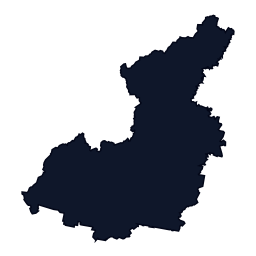 the district of Tenterfield, New South Wales, Australia
{"feature_id": "25037944B39208221478861", "entity_name": "Tenterfield", "entity_type": "district", "adm_level": 2, "iso_a3": "AUS", "parent_name": "Australia", "parent_adm1": "New South Wales", "projection": "mercator", "projection_center": [152.357, -28.838], "detail": "fine", "context": "isolated", "style": "filled", "palette": "ink", "viewbox_px": 256, "rotation_deg": 0, "n_neighbors": 0, "source": "geoboundaries", "source_scale": "gbopen_adm2", "svg_char_len": 5837}
<svg xmlns="http://www.w3.org/2000/svg" viewBox="0 0 256 256"><path d="M221.8,156.7L222.2,156.0L221.8,153.7L219.7,146.5L220.2,145.7L222.5,145.3L223.1,144.5L224.4,145.5L225.4,145.5L225.5,142.0L223.4,140.3L221.3,141.9L220.1,141.2L223.0,136.8L224.3,132.6L223.4,131.5L219.8,130.8L218.3,129.5L221.6,124.9L221.2,123.8L218.6,123.2L218.2,121.1L219.2,117.3L217.2,116.8L215.1,119.4L214.4,118.8L214.6,117.4L213.9,116.5L211.5,117.6L208.7,116.6L208.4,115.6L210.4,114.4L210.7,113.6L208.7,111.0L211.2,110.6L211.8,109.5L211.6,108.5L210.4,108.1L207.5,110.3L207.2,109.5L208.1,108.3L207.6,107.2L206.2,108.1L201.2,106.1L200.0,106.1L198.8,104.7L197.8,105.7L196.7,105.9L196.1,103.3L196.4,102.1L195.1,102.7L193.2,101.7L191.4,101.8L190.9,98.9L193.5,98.0L193.0,96.9L193.9,95.6L193.5,94.7L195.0,94.7L195.8,93.4L195.9,92.2L195.1,91.1L196.6,90.4L196.7,89.1L197.6,88.3L196.7,87.7L197.3,87.2L196.3,86.3L198.1,85.7L199.5,86.2L198.1,85.1L198.9,83.6L201.0,82.6L202.5,82.8L201.8,82.0L202.3,80.8L201.7,79.0L202.2,78.5L203.0,79.3L203.2,77.8L202.0,77.7L203.6,76.1L205.0,76.3L203.4,73.8L202.2,73.8L202.3,72.2L203.1,70.6L202.1,68.9L204.1,68.2L205.5,68.7L205.8,68.4L205.3,67.4L206.4,68.2L207.4,66.8L208.1,67.0L208.0,68.2L209.2,68.1L209.5,69.1L210.2,68.3L212.1,68.6L212.5,68.3L212.0,67.6L212.6,65.3L213.8,65.8L215.5,65.1L217.6,65.8L218.3,63.3L216.6,62.4L218.8,59.9L218.6,59.4L219.3,59.7L219.4,59.2L219.0,59.1L221.0,58.9L220.2,57.5L220.7,56.8L221.3,56.5L222.3,57.4L222.3,54.9L223.2,53.7L223.0,51.7L225.5,50.8L225.4,48.7L225.9,48.3L224.8,47.1L226.6,47.2L227.7,46.1L227.7,44.3L228.5,44.0L228.4,43.1L229.7,42.4L229.0,40.0L230.8,39.2L230.6,38.3L231.3,37.2L230.9,35.9L231.5,35.4L231.2,35.1L232.4,34.0L233.6,34.3L233.9,31.4L233.4,30.2L232.5,30.3L231.6,28.7L230.1,28.9L228.4,27.8L225.4,32.5L224.2,30.1L222.8,29.5L221.2,29.9L221.2,28.7L219.9,29.0L218.6,27.2L216.5,26.3L216.9,22.5L218.2,18.6L217.7,18.0L215.7,17.6L214.7,16.8L214.7,15.9L213.3,15.4L211.6,16.2L210.0,16.2L209.2,17.1L207.5,16.9L205.7,17.5L205.6,19.3L202.5,23.0L202.5,24.8L197.8,24.7L197.1,28.9L198.2,30.7L198.0,31.7L195.5,34.0L193.3,37.9L189.5,37.6L188.0,36.7L185.6,38.0L182.0,37.8L180.1,37.0L179.8,38.2L177.2,40.5L176.6,42.5L173.0,42.3L170.5,46.1L168.4,47.5L166.6,51.1L166.1,51.2L164.7,53.4L163.0,52.7L162.6,51.3L160.2,50.6L159.2,51.5L155.1,50.4L152.1,52.2L151.0,54.0L149.7,54.4L148.6,56.0L145.5,56.1L144.0,57.4L140.0,57.1L139.5,60.3L135.9,62.2L134.3,64.6L131.6,66.4L131.1,67.9L128.4,68.5L126.4,68.0L125.4,63.8L123.8,64.1L120.8,66.8L121.3,68.3L120.5,70.7L121.0,71.3L120.6,72.8L121.3,74.0L121.2,75.5L122.8,77.0L124.3,77.2L126.0,78.8L126.4,80.7L127.0,81.2L126.5,82.7L127.3,84.5L126.8,86.9L128.7,89.9L128.7,91.9L129.3,92.1L130.3,94.0L130.1,94.6L134.8,94.5L135.8,95.2L135.8,96.1L137.1,97.9L138.7,97.4L139.4,97.7L139.4,100.8L141.0,102.9L140.3,104.1L135.4,107.4L136.0,107.8L136.3,109.0L134.3,112.2L134.7,115.2L134.3,116.0L135.1,117.0L133.7,118.6L134.6,119.9L134.2,121.1L134.4,123.8L133.9,125.8L132.1,126.3L131.8,127.4L131.1,127.6L131.3,129.1L130.8,130.0L132.7,131.5L134.6,130.3L134.8,130.8L134.3,131.6L134.6,132.7L133.4,133.8L133.6,134.5L132.4,137.5L131.1,138.1L130.1,140.8L128.6,141.1L128.5,139.5L127.7,138.5L125.1,141.3L124.0,141.1L123.0,142.7L121.8,143.2L121.0,142.8L114.3,145.1L113.9,143.4L111.6,142.3L110.3,142.5L108.5,141.7L107.9,142.3L106.8,142.2L104.8,140.8L103.1,141.0L101.2,142.6L100.7,145.6L101.5,147.7L100.8,148.8L100.8,150.4L99.9,151.3L99.1,151.8L97.0,151.0L96.8,150.2L97.3,149.2L96.0,148.2L91.9,149.8L90.9,150.8L89.9,150.2L90.3,146.8L88.6,146.2L87.8,145.3L88.1,144.5L87.2,143.7L85.2,143.0L85.8,142.4L84.7,139.8L84.9,139.0L84.2,138.7L83.4,136.1L83.7,134.0L82.5,133.2L80.8,134.7L79.1,134.1L78.4,136.1L77.3,136.5L77.4,137.3L75.8,137.4L73.8,141.0L72.4,140.6L70.0,142.8L68.7,142.8L67.5,143.8L67.2,145.2L65.7,144.1L64.2,144.5L63.0,144.0L59.4,145.6L57.8,148.0L55.7,147.5L52.1,149.7L51.6,152.7L50.6,153.9L50.8,154.8L45.6,159.9L44.2,162.6L43.7,165.0L44.1,166.7L42.9,169.5L45.0,171.2L44.8,172.4L43.5,172.4L43.6,172.9L42.1,175.8L38.4,177.5L36.7,182.8L33.2,185.5L32.6,186.8L30.6,187.2L29.5,188.1L28.2,191.5L27.1,192.6L22.1,192.0L22.1,193.8L22.5,194.4L23.3,194.2L23.8,195.1L24.5,198.3L24.0,199.6L27.0,203.9L28.3,205.2L30.2,205.4L30.8,206.1L31.1,207.5L29.9,208.4L30.9,211.6L32.3,213.8L35.9,213.1L38.4,211.0L37.4,210.6L38.4,208.1L37.9,207.6L38.4,204.7L53.8,209.4L58.1,210.0L60.1,212.4L64.0,213.0L64.1,214.8L62.8,221.0L64.2,221.2L63.8,224.1L65.5,224.3L65.4,225.2L74.1,227.0L74.4,224.9L77.5,225.3L78.0,221.6L80.2,222.0L80.9,222.8L80.1,223.9L80.7,224.7L91.7,226.6L92.9,227.3L91.8,229.7L95.3,230.3L94.9,232.5L93.8,233.2L92.9,237.0L95.8,240.1L95.7,240.6L97.7,238.4L97.9,239.1L105.3,240.4L105.4,239.7L106.2,239.8L106.3,239.1L107.0,239.2L107.1,238.7L110.8,236.6L113.4,237.0L113.8,237.7L116.9,238.9L119.0,237.2L123.0,238.8L124.2,238.5L126.1,236.9L129.3,236.7L129.7,236.3L129.0,235.0L131.1,233.1L129.6,230.6L129.7,229.9L132.3,228.0L133.8,229.1L137.5,226.1L138.2,226.3L138.1,224.7L137.3,224.0L141.8,224.7L142.3,225.4L143.6,225.6L143.7,225.0L149.2,225.9L149.1,226.8L153.4,227.4L153.0,226.7L169.5,229.7L170.6,229.4L172.1,230.6L173.0,230.6L173.1,230.1L178.6,231.0L179.7,228.4L179.8,226.3L181.2,225.2L182.3,225.9L184.8,223.3L183.8,221.7L179.9,220.3L178.6,218.8L178.6,217.0L180.0,217.1L181.0,215.9L179.6,212.9L180.9,212.8L182.1,211.9L182.4,210.4L184.8,209.2L185.3,208.0L187.2,206.3L188.2,206.7L189.5,205.8L192.0,205.7L193.2,204.7L194.2,204.9L197.7,202.5L196.2,199.1L199.5,192.8L198.2,191.7L198.5,191.0L197.6,189.6L198.3,187.8L202.7,186.3L204.5,175.7L198.8,174.8L198.5,174.2L200.5,172.4L200.4,171.0L202.2,168.9L202.7,166.3L199.3,165.7L203.0,164.1L204.7,165.0L205.3,164.7L204.4,163.3L204.5,162.6L206.2,160.1L207.3,159.6L206.1,158.4L206.0,157.1L208.1,156.8L207.5,154.9L206.1,154.7L205.8,154.0L208.2,153.4L210.1,154.3L209.8,152.9L213.6,153.5L213.4,154.9L217.1,156.4L217.6,155.6L221.8,156.7Z" fill="#0f172a" stroke="#020617" stroke-width="1.5"/></svg>